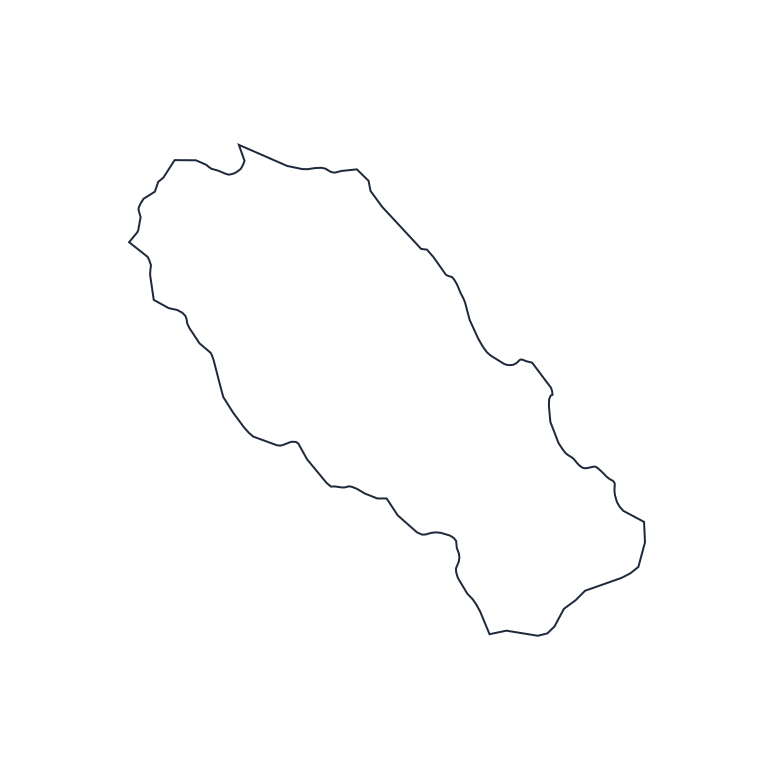 the border of Bumthang, rotated 151°
{"feature_id": "BTN-2480", "entity_name": "Bumthang", "entity_type": "District", "adm_level": 1, "iso_a3": "BTN", "parent_name": "Bhutan", "parent_adm1": "", "projection": "equal_earth", "projection_center": [90.682, 27.708], "detail": "fine", "context": "isolated", "style": "outline", "palette": "slate", "viewbox_px": 768, "rotation_deg": 151, "n_neighbors": 0, "source": "natural_earth", "source_scale": "10m", "svg_char_len": 2297}
<svg xmlns="http://www.w3.org/2000/svg" viewBox="0 0 768 768"><g transform="rotate(151 384 384)"><path d="M250.2,100.7L260.3,99.0L270.4,99.3L308.3,105.7L321.2,102.0L335.5,100.2L352.4,89.3L362.0,86.7L371.5,89.2L396.5,108.9L413.0,114.0L410.2,138.5L410.2,146.4L410.8,152.7L412.8,160.3L413.4,178.7L412.1,184.5L410.5,187.8L404.8,192.3L402.1,195.8L400.6,199.7L399.9,205.1L397.0,211.8L397.6,215.4L399.8,219.5L406.6,226.4L410.6,229.1L414.3,230.7L420.8,232.3L423.7,233.8L427.1,238.3L435.7,262.5L437.2,282.6L445.4,287.2L453.9,297.5L458.4,305.3L461.8,309.5L464.2,311.5L468.3,312.5L470.8,313.8L476.6,318.2L480.1,320.0L482.1,325.0L487.8,355.3L487.8,373.5L489.1,376.0L493.0,378.4L502.2,379.7L504.8,380.5L507.5,382.5L523.8,401.3L525.9,406.9L527.6,414.8L529.9,432.5L530.9,450.6L526.8,466.9L521.5,487.2L520.6,492.4L520.5,495.3L525.7,509.1L527.1,527.7L526.7,532.5L525.2,536.5L524.7,539.9L525.9,544.2L529.0,549.0L535.6,554.8L544.6,569.2L535.6,593.0L532.9,597.2L530.2,600.9L529.3,606.1L529.1,609.8L538.2,631.6L526.4,636.2L524.5,637.5L516.0,647.9L514.2,655.6L512.5,657.7L508.8,660.2L504.4,662.6L491.1,663.3L483.6,670.2L476.8,671.5L458.6,681.3L440.1,670.9L433.2,661.9L431.9,658.5L430.5,655.8L425.5,650.9L420.6,644.6L418.2,642.3L414.7,641.2L411.9,640.8L408.6,641.0L404.9,641.6L401.0,644.1L397.8,646.8L395.0,663.5L363.0,621.7L351.3,611.6L346.8,609.0L339.2,606.1L333.7,603.3L330.7,600.6L328.1,595.9L326.3,593.9L324.0,592.5L318.0,591.0L303.7,584.9L299.0,569.2L302.2,559.4L299.7,539.7L286.0,484.1L281.3,480.7L279.2,470.9L276.9,449.6L275.5,447.4L272.7,444.6L272.0,441.3L271.9,435.5L272.9,426.2L273.1,420.0L273.7,415.5L278.0,398.7L279.6,378.3L279.5,369.1L278.7,362.3L277.5,358.6L276.1,355.7L269.4,343.7L267.7,341.5L265.0,339.6L261.9,338.2L258.6,338.0L256.0,338.5L254.0,339.2L252.2,339.0L250.5,337.5L248.9,335.3L244.1,330.8L239.8,299.9L240.3,296.7L241.8,292.9L243.7,293.1L246.8,290.8L250.4,284.9L256.9,270.1L260.0,247.5L259.4,240.0L258.7,235.5L257.4,232.4L255.8,229.7L254.4,226.6L253.4,220.9L252.4,217.4L250.8,214.3L249.1,212.9L247.2,212.0L240.2,209.9L238.8,208.7L237.5,205.9L235.8,200.8L234.2,194.8L232.6,191.2L230.8,188.5L230.3,186.8L230.5,185.0L231.3,183.5L232.6,181.6L234.3,178.7L235.9,174.8L237.5,167.8L237.4,162.3L236.1,156.9L223.4,137.3L232.5,119.0L250.2,100.7Z" fill="none" stroke="#1e293b" stroke-width="2"/></g></svg>